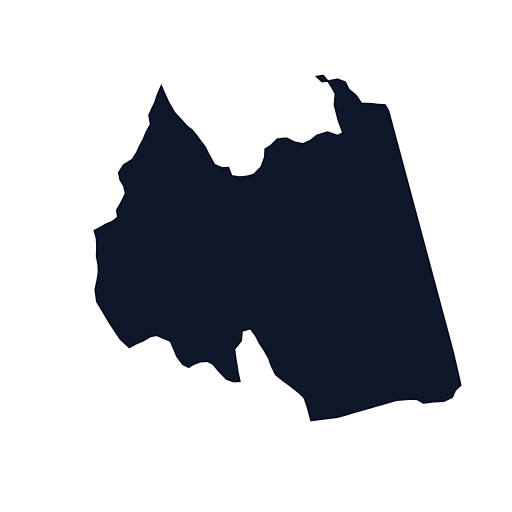 outline of Ibiraçu, Espírito Santo, Brazil, rotated 345°
{"feature_id": "56859067B2764192939297", "entity_name": "Ibiraçu", "entity_type": "district", "adm_level": 2, "iso_a3": "BRA", "parent_name": "Brazil", "parent_adm1": "Espírito Santo", "projection": "robinson", "projection_center": [-40.429, -19.829], "detail": "fine", "context": "isolated", "style": "filled", "palette": "ink", "viewbox_px": 512, "rotation_deg": 345, "n_neighbors": 0, "source": "geoboundaries", "source_scale": "gbopen_adm2", "svg_char_len": 1921}
<svg xmlns="http://www.w3.org/2000/svg" viewBox="0 0 512 512"><g transform="rotate(345 256 256)"><path d="M419.7,143.4L412.7,141.1L407.4,138.9L397.4,135.9L394.1,126.5L388.8,119.3L387.2,111.1L380.5,106.3L370.6,105.6L373.0,112.9L374.6,119.7L370.8,130.4L370.6,146.4L371.8,159.6L365.9,160.7L357.2,154.8L346.0,155.2L338.3,158.6L330.3,159.8L322.5,155.9L315.9,150.0L306.8,148.6L298.7,153.2L292.5,155.0L290.0,162.8L283.9,171.4L274.8,176.7L267.7,176.7L260.7,175.5L253.2,172.3L252.3,163.4L246.0,162.1L239.6,157.1L236.7,145.7L235.0,137.2L232.5,131.3L229.9,124.5L226.9,117.9L223.2,113.1L219.4,105.8L214.5,96.5L211.4,85.1L209.6,74.6L208.6,67.1L202.8,74.4L198.1,81.5L193.4,86.9L189.1,92.2L188.2,101.5L181.9,108.1L177.1,114.5L171.8,120.0L167.8,125.0L161.6,130.7L151.7,133.8L144.9,140.0L144.5,147.5L146.5,154.3L146.1,161.8L142.1,166.6L138.0,171.0L133.3,175.7L132.5,182.8L126.0,185.5L119.5,186.4L113.3,188.0L106.4,189.6L106.4,198.1L104.6,206.2L101.9,215.1L101.3,223.5L99.7,230.6L96.3,238.4L92.0,246.6L90.4,258.8L97.5,283.7L103.4,301.2L109.9,311.6L117.1,309.8L125.0,308.7L133.1,306.4L139.6,306.9L144.9,311.2L151.3,316.0L152.5,324.0L153.5,332.2L157.2,341.7L162.2,346.1L167.8,344.4L174.8,343.7L181.7,345.1L186.3,349.0L190.4,357.9L195.6,367.2L201.7,371.5L208.0,372.9L208.4,364.3L209.2,357.4L209.8,350.6L211.1,340.4L219.8,334.0L223.2,324.8L231.9,324.8L235.0,332.8L236.8,341.0L239.8,350.1L241.8,358.3L242.4,366.1L244.3,375.7L250.1,383.6L254.4,388.9L258.2,393.9L262.4,399.6L265.9,405.7L266.5,414.6L266.5,421.4L266.5,429.2L293.1,432.8L300.6,432.8L307.4,432.5L354.4,431.7L367.8,434.2L374.5,436.2L379.8,441.4L390.0,442.8L399.9,444.9L409.1,443.2L413.5,437.5L420.4,433.7L421.6,399.6L421.6,381.8L421.6,357.6L421.6,341.7L421.6,331.5L421.6,309.4L421.6,268.0L421.6,246.1L421.6,237.0L421.6,224.7L421.6,196.9L421.6,150.4L419.7,143.4ZM370.6,105.6L367.7,99.0L360.9,98.3L364.9,104.7L370.6,105.6Z" fill="#0f172a" stroke="#020617" stroke-width="1.5"/></g></svg>